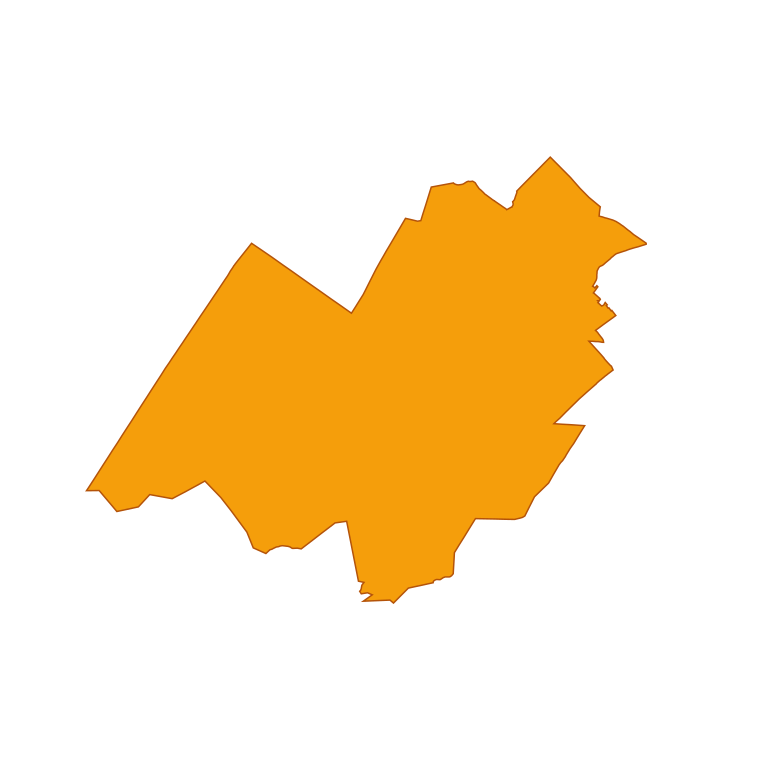 outline of Ocoyoacac, México, Mexico, rotated 134°
{"feature_id": "50627088B98406065457208", "entity_name": "Ocoyoacac", "entity_type": "district", "adm_level": 2, "iso_a3": "MEX", "parent_name": "Mexico", "parent_adm1": "México", "projection": "robinson", "projection_center": [-99.425, 19.258], "detail": "fine", "context": "isolated", "style": "filled", "palette": "amber", "viewbox_px": 768, "rotation_deg": 134, "n_neighbors": 0, "source": "geoboundaries", "source_scale": "gbopen_adm2", "svg_char_len": 5187}
<svg xmlns="http://www.w3.org/2000/svg" viewBox="0 0 768 768"><g transform="rotate(134 384 384)"><path d="M249.9,483.6L257.7,481.7L266.8,479.5L275.1,477.5L283.9,475.4L286.5,474.8L292.3,473.3L298.0,471.9L306.6,469.6L309.6,468.7L314.8,467.1L320.3,465.4L329.2,462.6L334.1,461.1L340.8,459.7L348.3,458.1L355.7,456.6L357.7,469.5L359.5,480.6L361.6,494.3L363.2,504.5L365.3,518.1L367.0,529.3L368.6,539.2L370.6,552.5L373.0,566.8L374.8,577.0L383.7,576.1L388.0,575.7L394.3,575.1L401.2,574.4L402.2,574.2L403.5,574.1L405.1,573.7L406.9,573.4L409.4,573.0L412.9,572.1L415.1,571.6L418.1,571.1L426.5,569.6L432.4,568.5L438.3,567.5L444.4,566.4L450.0,565.4L456.2,564.3L462.1,563.3L468.1,562.2L470.7,561.7L473.7,561.2L482.6,559.6L488.4,558.6L494.3,557.5L500.2,556.5L506.1,555.4L512.1,554.4L517.9,553.3L524.6,552.2L532.7,550.5L541.5,548.8L550.2,547.1L559.1,545.3L567.9,543.6L576.4,541.9L585.2,540.1L594.0,538.4L603.2,536.6L611.3,534.9L620.4,533.2L629.2,531.4L637.9,529.7L647.3,527.8L655.8,526.1L664.6,524.4L667.4,523.9L658.5,514.9L660.6,494.0L661.3,487.6L643.0,475.3L633.7,475.5L626.3,475.7L614.7,458.3L613.6,456.7L598.4,451.7L578.2,445.4L579.0,422.6L581.3,406.3L585.8,379.7L592.7,364.2L588.0,351.2L582.5,350.9L580.6,349.8L579.5,349.5L578.4,349.1L576.8,348.5L576.0,348.2L574.6,347.1L574.0,346.7L572.8,346.2L571.0,344.9L569.6,343.1L568.4,341.5L567.4,340.2L566.5,338.4L566.0,335.9L565.4,335.2L562.3,332.3L560.1,329.0L535.7,325.4L517.9,322.7L508.7,315.5L543.6,265.4L540.6,260.6L543.9,260.2L544.5,259.9L545.4,259.3L547.2,258.1L548.6,257.5L550.0,257.5L550.7,254.6L545.6,250.8L543.8,246.0L554.6,248.0L535.3,229.6L535.0,225.0L527.6,224.9L526.4,224.9L520.8,224.8L513.9,224.7L508.8,221.3L503.5,217.7L498.2,214.2L492.8,210.6L492.5,210.9L491.8,211.3L490.7,211.4L489.0,210.9L488.0,210.3L485.9,207.8L485.1,207.5L482.2,206.9L480.3,206.0L477.4,203.0L476.5,202.5L474.9,202.2L472.4,202.4L464.4,209.3L461.7,211.6L456.4,216.2L447.4,218.2L438.3,220.1L429.3,222.1L423.3,223.4L417.3,224.7L410.6,217.5L404.0,210.4L397.4,203.2L390.7,196.0L386.0,193.0L383.7,191.7L381.1,191.0L372.3,193.8L366.4,195.6L360.6,197.4L350.8,197.1L341.0,196.8L340.9,196.8L331.2,199.3L324.7,200.9L320.7,201.9L317.7,202.3L315.0,202.3L313.3,202.6L311.6,202.9L310.3,203.1L308.7,203.6L301.1,205.3L295.0,206.2L289.4,207.5L283.0,208.9L274.6,210.7L280.2,217.4L284.5,222.5L289.2,227.9L294.5,234.2L291.7,234.2L286.6,233.8L277.9,233.7L258.9,233.2L248.2,232.4L237.4,231.5L237.3,231.4L235.1,231.5L234.9,231.5L234.0,231.4L233.7,231.4L232.5,231.3L231.2,231.2L229.7,230.9L228.1,230.8L227.9,230.7L227.6,230.7L225.9,230.5L225.3,230.5L222.2,230.0L221.7,230.0L220.0,229.7L219.9,229.7L219.3,229.6L217.9,229.4L216.7,229.2L215.8,229.1L214.8,228.9L214.5,229.6L214.3,230.1L213.2,232.8L213.2,233.1L213.4,233.7L213.2,238.0L213.1,239.3L213.1,239.7L212.8,242.7L212.6,243.7L212.5,243.8L212.1,248.3L210.9,266.3L208.7,264.0L206.2,260.9L205.4,260.1L204.5,259.1L203.3,257.4L202.8,256.6L202.3,255.9L201.5,255.0L200.7,256.0L200.2,256.8L199.9,257.7L199.7,258.6L199.5,259.6L199.3,261.6L199.1,262.7L199.0,263.8L198.7,265.2L198.5,266.5L198.5,267.6L198.5,269.1L188.9,267.5L182.8,266.4L176.7,265.3L173.7,264.8L172.8,271.2L173.6,271.3L173.0,275.1L173.7,275.5L173.2,278.6L172.0,278.4L171.7,281.5L173.2,281.2L173.9,280.8L175.0,281.0L175.4,281.0L176.7,281.6L176.9,286.6L175.7,286.6L175.6,288.1L174.5,287.0L173.0,287.1L172.9,288.2L172.5,288.2L172.6,289.8L172.8,294.7L172.8,295.4L172.9,296.1L173.0,296.6L165.5,297.7L165.4,299.2L168.4,299.1L168.4,300.5L168.8,301.8L165.3,302.6L163.9,303.0L162.7,303.3L161.7,303.6L160.4,304.3L159.6,304.9L158.8,305.6L158.1,306.3L157.5,306.9L156.5,307.6L155.6,308.4L154.8,309.1L153.8,309.5L151.2,310.3L150.0,310.4L149.1,310.2L147.9,309.7L146.9,309.3L145.9,309.1L144.9,309.0L143.1,308.9L136.6,308.2L135.1,308.3L133.4,308.0L131.9,307.9L130.4,307.7L129.0,307.4L128.1,307.0L121.7,303.6L119.9,302.6L118.7,302.1L116.3,300.9L112.0,298.5L108.9,296.6L101.3,292.5L100.6,293.2L101.0,295.9L102.3,303.7L103.1,308.1L103.4,312.5L103.4,312.9L103.8,315.7L104.3,321.5L104.7,323.6L105.0,325.9L105.9,330.0L107.1,333.3L110.1,339.1L110.9,340.4L112.0,342.8L113.8,345.9L109.9,349.0L107.1,351.0L106.3,351.5L107.4,366.2L107.1,378.8L106.4,387.6L105.9,393.2L105.3,422.0L112.2,422.1L122.4,422.2L128.5,422.3L138.5,422.4L147.5,422.5L153.1,422.5L153.6,421.7L154.5,421.2L157.8,419.7L159.4,418.9L159.8,418.7L160.9,418.2L162.7,418.0L163.5,418.1L164.1,417.2L164.7,416.2L165.7,415.5L167.7,415.0L168.0,414.9L168.1,415.2L169.8,415.7L171.1,416.1L172.7,416.6L173.4,416.9L173.3,417.2L173.3,417.5L173.3,418.1L173.7,420.2L174.0,421.9L174.5,425.2L174.8,426.9L175.3,429.9L175.5,431.1L175.6,431.6L175.5,431.8L175.7,432.0L175.8,432.7L176.2,435.0L176.2,435.4L176.7,439.1L177.1,442.3L177.3,443.1L177.3,443.6L177.2,445.3L177.2,445.6L177.2,446.9L177.2,448.7L177.3,450.0L177.4,451.3L177.2,452.2L177.0,453.3L176.6,455.5L176.1,457.3L175.9,458.3L176.0,458.8L176.3,460.3L176.6,461.2L177.8,462.1L178.9,463.1L179.4,464.0L180.0,464.4L180.4,464.6L181.0,464.9L182.5,465.3L184.3,465.7L184.9,465.9L185.8,466.3L187.1,467.2L189.1,468.8L189.9,469.8L190.6,471.1L190.9,471.9L191.2,473.0L191.1,473.7L209.5,486.8L225.7,478.6L234.8,474.1L240.9,471.0L243.6,473.0L246.7,478.3L249.9,483.6Z" fill="#f59e0b" stroke="#b45309" stroke-width="1.5"/></g></svg>